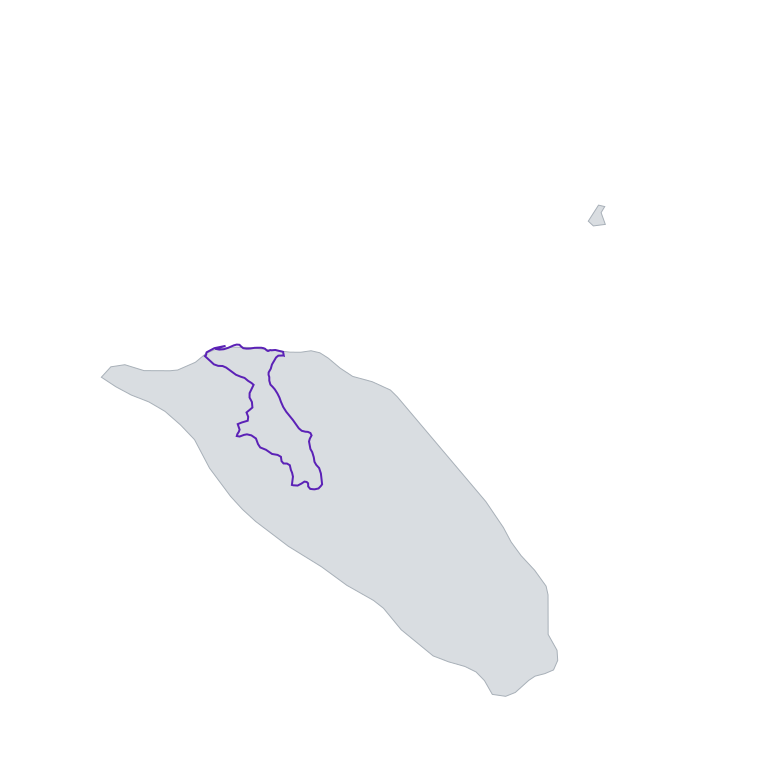 where Kaohsiung City sits in Taiwan, rotated 112°
{"feature_id": "TWN-1156", "entity_name": "Kaohsiung City", "entity_type": "Special Municipality", "adm_level": 1, "iso_a3": "TWN", "parent_name": "Taiwan", "parent_adm1": "", "projection": "robinson", "projection_center": [120.587, 22.979], "detail": "fine", "context": "in_parent", "style": "outline", "palette": "violet", "viewbox_px": 768, "rotation_deg": 112, "n_neighbors": 0, "source": "natural_earth", "source_scale": "10m", "svg_char_len": 2509}
<svg xmlns="http://www.w3.org/2000/svg" viewBox="0 0 768 768"><g transform="rotate(112 384 384)"><path d="M506.6,538.8L498.2,557.3L491.4,576.9L488.7,595.3L488.9,614.4L487.0,631.6L483.6,648.6L470.4,643.7L463.2,631.5L461.5,611.5L451.9,587.4L448.3,580.5L434.5,567.0L421.9,560.2L412.2,550.3L413.5,551.1L406.3,537.7L400.9,523.4L389.6,482.8L385.7,473.0L380.5,464.1L379.1,455.2L380.9,445.4L385.7,430.7L388.7,415.9L386.3,395.7L387.2,375.8L390.9,366.9L454.9,245.5L472.3,219.6L482.9,206.9L491.8,192.6L500.3,174.5L510.7,158.0L518.1,152.9L554.7,138.0L566.1,123.8L575.2,119.4L585.6,119.7L592.3,126.4L598.3,134.5L604.6,138.8L620.8,146.7L628.0,154.2L631.2,167.3L621.4,179.7L616.5,190.8L615.6,203.2L617.4,219.9L617.7,236.6L605.4,276.0L592.1,300.5L588.6,312.7L584.6,343.0L576.9,373.4L570.3,411.9L559.5,451.6L553.3,468.2L545.7,484.1L527.4,514.2L506.6,538.8ZM153.1,238.6L159.0,249.1L156.5,255.6L137.8,252.1L136.8,245.8L143.8,246.9L153.1,238.6Z" fill="#d9dde1" stroke="#a8b0b8" stroke-width="1"/><path d="M425.2,560.5L423.9,559.9L423.1,559.9L422.1,560.3L421.0,560.3L414.3,554.7L408.0,545.2L414.6,553.7L413.8,549.6L412.7,547.4L411.8,545.6L409.1,542.3L404.4,537.7L402.6,535.3L401.8,532.7L402.9,530.1L403.5,527.9L402.7,524.7L401.3,521.5L398.8,517.3L396.4,511.6L395.9,509.1L395.9,507.5L396.7,505.5L396.9,504.2L396.6,503.5L395.9,502.9L395.2,502.2L394.9,500.9L393.5,498.2L393.1,497.2L392.0,489.6L395.2,487.6L395.2,487.8L397.3,492.6L399.8,494.0L407.9,495.2L412.2,494.7L416.5,495.3L418.7,494.5L420.5,493.0L423.9,491.6L427.1,489.1L428.4,486.1L429.9,483.2L432.7,479.3L435.8,475.8L439.2,472.8L443.1,468.8L446.4,464.2L451.6,454.8L457.0,446.4L458.2,442.8L457.7,439.1L456.9,436.6L457.0,433.9L458.8,431.9L462.4,432.3L465.4,432.0L471.8,427.9L474.1,425.0L478.2,421.7L482.2,419.3L484.4,416.5L486.2,412.7L490.6,409.0L500.2,403.8L502.4,404.4L505.4,405.6L507.6,408.8L508.0,409.9L508.9,413.1L507.4,415.9L504.5,417.2L503.8,419.0L504.3,421.2L507.2,423.2L510.5,426.0L511.9,430.2L512.1,431.6L504.0,433.7L500.7,436.0L498.6,438.1L494.6,440.9L494.1,444.1L495.3,447.4L493.9,450.1L490.1,452.3L489.6,456.1L490.8,461.6L489.2,468.8L489.2,475.0L486.9,478.3L482.5,482.3L481.3,487.7L482.0,492.2L483.6,494.7L486.8,498.2L487.4,501.0L485.4,501.2L482.7,500.7L480.4,500.8L476.0,504.6L473.0,501.5L469.1,496.6L465.3,497.6L461.9,500.8L455.1,497.2L450.2,499.7L446.9,503.6L442.8,505.2L433.6,504.6L432.7,507.2L432.0,511.2L430.6,515.6L430.9,519.5L430.9,524.7L427.9,536.5L427.8,540.4L429.3,544.6L429.5,549.1L425.2,560.5Z" fill="none" stroke="#5b21b6" stroke-width="2"/></g></svg>